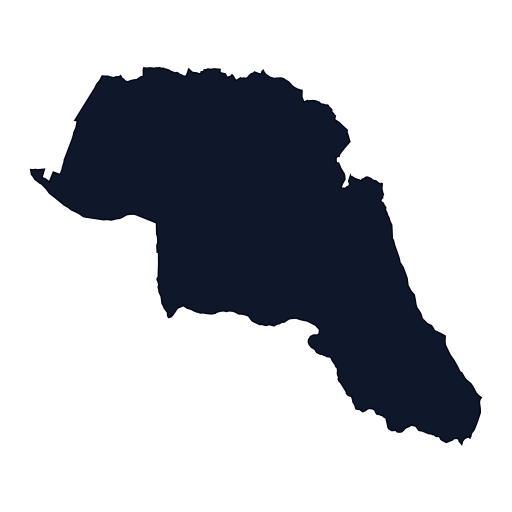 Derna, Bihor, Romania (orthographic projection)
{"feature_id": "2599482B80788744721103", "entity_name": "Derna", "entity_type": "district", "adm_level": 2, "iso_a3": "ROU", "parent_name": "Romania", "parent_adm1": "Bihor", "projection": "orthographic", "projection_center": [22.291, 47.2], "detail": "fine", "context": "isolated", "style": "filled", "palette": "ink", "viewbox_px": 512, "rotation_deg": 0, "n_neighbors": 0, "source": "geoboundaries", "source_scale": "gbopen_adm2", "svg_char_len": 5974}
<svg xmlns="http://www.w3.org/2000/svg" viewBox="0 0 512 512"><path d="M481.3,397.6L478.3,395.4L476.1,392.9L472.8,386.6L470.9,383.8L466.5,380.1L464.7,378.0L461.8,372.9L459.8,371.7L458.4,368.5L454.1,360.6L450.2,355.1L445.4,345.2L444.9,341.6L445.2,336.0L440.8,333.6L434.5,330.6L431.5,325.6L427.4,323.8L422.2,318.6L420.7,313.6L418.2,309.5L417.1,308.4L415.9,304.7L415.0,298.7L414.2,294.8L411.0,291.2L407.9,285.4L407.1,278.4L403.1,267.4L399.9,262.4L399.1,258.2L395.8,248.6L394.6,245.3L393.3,240.0L392.4,239.3L391.7,225.0L389.7,220.9L388.9,217.5L387.8,216.1L387.8,215.5L387.0,213.6L386.6,213.6L386.3,213.3L386.8,212.7L386.1,211.9L386.2,211.3L385.9,211.1L385.7,210.6L385.1,210.5L385.5,209.2L385.7,207.5L385.0,207.3L385.2,206.7L384.7,205.9L383.7,205.2L383.8,204.1L383.1,203.6L383.1,203.0L381.9,202.4L380.9,201.3L380.7,200.1L381.1,199.7L381.5,198.7L382.7,197.6L382.5,196.9L382.7,195.7L383.4,194.6L382.7,192.7L381.8,188.9L382.2,183.7L381.4,183.4L379.8,183.8L378.9,183.3L375.6,180.8L374.4,180.7L372.4,180.0L371.4,178.8L367.6,177.1L366.8,177.1L366.2,177.5L365.4,177.4L365.0,177.8L365.5,179.1L363.9,178.7L363.3,179.1L362.4,179.1L361.2,180.7L360.6,180.7L359.3,179.9L357.7,179.6L356.9,179.1L356.2,179.1L353.6,177.7L353.3,177.9L351.9,176.5L351.5,176.7L350.5,176.1L350.4,175.7L348.7,181.1L348.8,181.9L349.6,182.7L349.4,184.8L348.6,186.7L347.2,186.6L345.4,188.4L341.3,188.1L341.2,186.8L342.4,183.8L344.9,179.3L344.6,175.5L344.1,173.7L340.7,168.2L338.6,163.1L336.3,162.7L336.0,159.7L336.1,158.4L336.5,157.0L337.0,156.9L338.3,156.2L339.1,156.3L339.6,154.3L340.5,153.2L341.2,152.0L344.5,147.8L349.9,141.6L349.5,140.7L347.6,133.8L346.9,134.2L347.2,130.1L342.6,126.0L339.1,122.5L334.6,119.6L335.3,115.8L334.9,115.6L333.9,114.6L333.7,114.0L332.0,112.0L331.5,111.0L331.7,110.8L331.8,110.1L331.2,109.0L329.3,107.3L328.5,106.3L328.2,105.5L327.4,105.0L327.0,105.0L326.6,105.4L323.8,104.4L321.1,104.0L320.4,103.6L319.8,102.8L319.1,102.2L315.6,100.9L313.0,100.6L308.5,100.9L307.4,101.2L307.3,100.6L305.0,101.6L303.7,101.8L301.8,96.9L302.0,90.4L301.0,90.3L297.2,89.0L294.2,87.4L292.3,86.0L288.7,82.0L285.5,80.1L283.7,78.8L281.5,78.1L280.4,78.0L273.4,78.5L272.0,77.8L270.2,77.4L266.3,74.8L265.3,73.8L264.0,72.2L263.2,70.3L262.3,71.1L261.8,72.1L261.4,74.2L261.1,74.2L258.7,73.6L255.3,72.4L254.7,72.0L252.8,73.5L252.3,73.7L251.9,73.5L250.9,74.1L248.7,76.2L247.5,77.8L246.5,78.2L244.6,78.4L243.6,78.0L241.3,78.6L240.7,77.8L235.9,80.7L232.9,75.8L232.0,74.8L231.1,76.0L227.2,77.6L225.2,73.9L219.9,72.7L220.1,69.4L214.3,68.9L210.8,69.4L207.8,69.0L205.8,70.0L204.2,69.8L203.3,72.1L202.7,71.7L201.2,71.8L200.9,73.5L199.0,73.9L196.8,72.9L193.9,72.7L191.9,72.1L188.8,69.0L188.6,69.4L187.4,73.2L185.9,76.5L182.6,75.9L181.2,74.8L179.6,74.5L178.9,74.0L179.0,73.8L177.6,72.8L176.5,72.6L176.4,72.9L175.4,72.9L173.9,72.6L172.3,71.9L171.0,71.6L170.2,70.9L168.6,70.0L165.7,69.1L164.2,69.1L163.8,68.9L163.8,68.4L163.4,68.3L161.3,68.4L159.4,67.7L158.1,68.0L156.6,67.9L153.5,68.4L152.5,68.1L150.1,67.9L146.9,68.2L143.7,67.9L143.3,70.0L143.4,76.4L140.9,76.8L136.9,79.6L136.2,79.8L134.3,79.9L131.2,80.6L127.9,81.7L126.6,81.7L125.2,81.0L123.4,79.1L122.0,78.3L120.6,75.7L119.7,76.5L117.8,76.9L115.3,76.9L114.6,77.9L109.8,76.9L108.3,76.3L105.8,76.3L102.2,76.0L100.3,79.7L98.0,83.1L97.6,83.0L97.5,83.7L96.6,84.3L96.1,85.7L94.9,88.1L74.9,120.3L77.4,120.7L76.1,127.6L73.7,133.0L73.8,133.6L72.6,138.3L64.3,160.0L64.2,161.8L62.5,167.4L62.1,169.8L60.2,174.4L59.1,174.2L53.3,172.1L49.4,182.0L45.4,178.9L41.9,177.6L44.4,169.2L37.3,169.9L35.4,169.4L33.4,169.9L30.7,169.6L31.5,174.4L32.9,176.1L34.9,179.3L40.1,183.3L41.5,183.9L46.3,188.8L49.5,193.2L55.8,198.1L64.2,205.0L68.2,207.3L71.2,209.7L78.8,213.3L83.3,216.5L86.2,217.1L103.6,219.7L107.5,219.4L111.3,220.0L117.2,218.5L118.3,218.5L119.8,218.3L122.5,217.1L126.3,214.8L129.5,214.2L134.1,214.1L136.2,214.7L156.5,222.9L156.7,234.0L157.5,236.4L157.8,239.7L157.8,242.3L157.4,244.1L156.9,245.5L157.2,251.0L157.3,252.3L158.6,252.2L158.6,254.9L158.7,263.9L158.3,274.6L158.4,276.9L157.3,278.2L157.1,279.9L157.6,280.3L158.9,284.6L158.2,287.1L159.1,290.4L159.0,291.7L161.2,296.6L162.1,303.6L163.1,305.2L164.6,308.7L167.5,312.3L167.7,315.8L168.6,317.5L171.1,316.8L173.3,314.3L177.4,308.2L183.3,305.6L187.4,308.2L191.9,309.5L193.1,310.4L196.9,312.0L198.6,312.2L200.1,313.0L202.9,312.8L207.4,313.5L211.7,313.9L215.3,313.2L216.5,312.2L220.5,311.1L223.9,310.8L226.4,311.5L229.1,310.8L232.7,311.1L234.9,311.8L238.0,313.6L239.9,314.1L240.7,313.8L244.8,314.6L248.5,315.9L252.0,320.7L253.9,321.8L259.7,324.5L262.2,324.4L264.6,325.2L266.8,325.4L268.9,324.5L274.1,325.8L276.9,324.1L279.3,323.7L281.7,322.2L284.1,322.1L289.1,318.8L291.6,318.4L296.1,318.1L300.7,319.6L307.4,321.0L316.2,325.5L316.4,326.2L319.2,329.1L319.6,330.1L319.2,333.5L317.6,335.1L313.7,335.0L310.6,336.5L308.6,339.6L308.3,342.3L309.3,344.6L311.4,347.2L314.8,349.3L316.7,352.4L320.3,354.2L321.7,354.0L323.8,355.2L325.4,355.6L327.0,356.6L329.9,356.9L331.1,357.8L332.3,360.6L335.3,364.8L335.7,366.5L337.2,367.7L337.7,370.3L337.4,373.5L337.8,375.3L338.8,377.2L338.2,379.0L338.8,380.8L340.8,382.9L346.3,391.8L346.4,393.3L347.6,394.8L349.0,395.7L351.3,396.4L351.8,397.0L352.8,400.1L352.9,401.8L355.0,405.4L355.9,408.7L357.2,409.2L359.7,409.4L362.6,411.7L365.5,410.5L367.2,409.1L369.3,408.3L372.1,408.7L374.9,410.0L375.8,412.6L377.1,414.2L379.6,414.5L381.3,415.4L382.8,415.4L383.3,416.6L384.5,417.1L386.2,418.4L387.9,426.9L388.3,428.0L389.2,429.1L391.9,430.6L395.8,430.2L397.2,431.9L400.0,432.1L402.1,431.6L405.4,428.1L409.7,426.1L411.2,425.1L415.7,426.0L418.7,430.2L420.4,430.7L422.2,430.9L429.0,433.7L431.4,433.8L432.6,434.6L433.7,434.5L436.1,436.4L439.4,436.4L440.9,439.3L442.0,440.2L446.2,442.4L452.3,440.0L453.9,438.5L457.6,438.3L458.9,439.8L459.4,441.7L460.4,442.5L461.7,444.3L462.4,441.4L464.5,438.6L468.4,436.7L469.9,438.0L470.8,436.3L471.2,434.3L471.0,434.1L471.9,432.6L473.2,431.0L474.5,428.8L477.4,421.4L480.2,412.8L480.3,411.4L480.1,408.1L479.3,402.2L479.9,399.5L481.3,397.6Z" fill="#0f172a" stroke="#020617" stroke-width="1.5"/></svg>